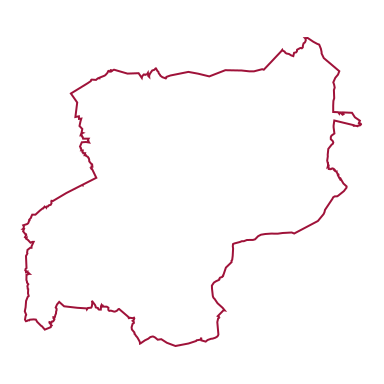 Zitácuaro, Michoacán, Mexico
{"feature_id": "50627088B99906362708440", "entity_name": "Zitácuaro", "entity_type": "district", "adm_level": 2, "iso_a3": "MEX", "parent_name": "Mexico", "parent_adm1": "Michoacán", "projection": "robinson", "projection_center": [-100.356, 19.436], "detail": "fine", "context": "isolated", "style": "outline", "palette": "rose", "viewbox_px": 384, "rotation_deg": 0, "n_neighbors": 0, "source": "geoboundaries", "source_scale": "gbopen_adm2", "svg_char_len": 5828}
<svg xmlns="http://www.w3.org/2000/svg" viewBox="0 0 384 384"><path d="M294.2,233.5L317.9,221.0L323.6,214.1L324.5,212.1L325.0,209.9L332.5,198.7L333.1,197.4L334.6,196.4L337.2,196.3L338.3,195.6L343.9,191.1L346.5,187.7L346.6,186.4L343.4,183.5L340.5,178.5L340.7,179.9L340.2,179.6L340.1,178.3L340.4,178.3L340.3,178.1L339.4,178.1L337.9,175.2L338.5,174.8L338.3,174.3L337.7,174.1L336.6,172.0L336.6,171.6L336.3,171.7L336.0,171.5L334.8,170.2L334.6,170.5L334.0,169.9L334.3,169.5L333.6,169.1L333.6,168.8L332.6,168.4L331.3,168.7L331.2,169.0L330.4,169.2L328.7,169.0L328.4,168.1L328.6,167.8L328.4,167.6L328.5,166.1L329.0,165.2L327.9,166.2L328.3,164.8L329.1,164.3L328.0,164.7L328.0,162.9L327.7,162.8L327.2,160.6L327.8,156.4L327.7,154.8L328.3,148.9L331.6,144.7L332.9,143.7L333.3,142.4L332.7,141.0L330.8,139.2L330.8,137.1L331.5,135.6L334.4,133.5L333.6,127.3L333.6,125.5L334.3,120.5L353.8,125.2L353.8,125.8L356.1,125.8L357.5,126.2L357.7,125.8L360.1,125.3L361.0,124.4L360.8,123.8L360.4,123.5L359.5,123.2L359.3,123.6L358.8,123.2L359.9,120.7L354.9,117.3L352.0,112.8L342.7,112.4L343.6,114.1L342.6,114.7L340.0,112.3L339.4,112.8L339.2,113.6L338.1,112.2L333.2,112.0L333.2,105.5L333.4,100.9L334.2,98.2L333.9,90.1L334.7,87.6L334.1,84.6L333.3,82.3L335.3,77.8L338.0,74.6L339.3,71.2L323.8,58.1L321.6,53.5L321.6,52.1L320.9,48.8L319.2,44.6L317.1,43.8L313.4,41.8L307.7,38.0L305.0,38.1L305.4,38.5L305.8,40.2L305.2,41.9L304.6,42.7L303.6,43.3L302.9,45.6L302.8,47.3L302.4,47.8L301.8,48.3L300.9,47.9L300.1,48.1L297.1,49.7L296.9,51.3L296.2,52.3L294.1,52.8L293.3,56.1L291.2,55.4L289.0,54.0L286.5,53.5L285.4,52.8L284.5,51.5L282.7,50.7L282.3,49.8L281.0,51.5L263.8,69.7L262.2,69.2L254.1,71.3L249.0,71.3L241.6,70.5L225.3,70.2L209.3,76.4L198.2,73.7L188.4,71.9L170.4,75.5L166.4,76.9L166.2,77.9L165.8,78.4L162.4,77.2L160.3,75.6L160.0,74.8L158.8,73.4L158.3,71.7L157.4,71.0L156.0,68.4L155.6,68.4L154.4,69.8L152.2,70.5L150.0,73.6L149.1,75.8L149.2,76.9L148.3,76.0L147.9,72.9L147.0,74.4L145.7,74.5L145.1,74.9L144.0,74.4L143.7,74.5L142.1,76.4L141.8,77.9L138.6,73.2L127.5,73.6L114.0,69.7L112.4,70.5L112.0,71.0L111.7,71.0L111.0,70.1L110.7,70.1L110.5,70.6L110.7,71.6L109.8,71.7L108.6,70.9L108.3,71.0L107.4,72.9L105.4,75.1L104.5,75.7L99.2,77.8L99.3,78.3L97.9,78.3L96.0,79.9L91.7,79.6L91.2,79.9L90.8,81.1L87.7,83.2L70.9,93.5L77.2,102.5L75.4,117.0L78.9,116.3L79.0,118.9L81.3,118.6L80.5,121.3L79.5,126.0L82.3,129.0L81.6,132.5L82.8,132.9L81.6,133.4L81.0,134.1L80.6,135.4L81.8,135.3L82.2,137.2L81.9,137.4L82.8,137.3L83.1,138.7L88.6,138.7L88.1,139.6L88.3,140.2L88.0,140.5L89.1,142.5L85.9,142.0L81.8,142.3L80.0,146.6L80.9,148.0L80.7,148.2L81.6,150.1L81.4,150.4L82.7,150.5L82.4,151.3L82.5,152.3L83.3,152.6L83.3,153.2L85.1,153.2L84.6,155.2L85.9,155.2L86.1,155.9L87.8,156.8L88.4,157.9L88.8,158.2L89.2,159.8L89.2,161.1L89.5,161.7L91.4,164.0L92.1,164.3L92.4,166.6L91.5,166.6L91.7,168.0L91.0,168.1L91.6,169.1L92.2,169.3L96.3,177.8L82.5,184.8L82.6,185.4L81.7,185.2L66.4,193.0L52.9,201.0L51.5,200.8L51.3,201.4L51.5,203.3L50.7,204.8L48.7,205.4L48.0,206.4L46.9,206.5L46.4,207.5L46.2,207.1L45.2,207.1L44.6,206.6L43.2,208.4L42.8,208.3L40.0,210.5L35.4,214.7L32.2,214.7L31.7,215.9L31.3,216.4L31.1,217.6L29.2,219.8L29.5,220.5L29.0,220.9L28.5,222.6L28.1,223.3L27.0,224.1L23.2,225.3L23.9,226.6L23.5,228.5L23.0,228.9L24.0,229.0L23.1,231.3L25.5,234.3L25.9,234.2L26.3,235.1L25.0,237.2L25.5,237.5L26.0,238.4L26.5,238.1L26.3,238.8L27.9,239.9L30.5,242.7L32.3,241.9L33.6,241.9L31.6,246.2L31.5,247.8L30.2,247.8L27.5,249.9L27.1,252.6L27.4,253.5L26.0,256.0L26.5,268.1L25.6,268.9L25.3,270.4L25.9,270.8L26.0,272.2L27.5,271.6L27.5,272.5L28.5,272.7L28.8,273.3L29.5,273.9L28.6,273.9L27.4,274.6L26.5,274.8L26.4,280.0L27.0,281.7L27.0,282.6L28.3,284.2L27.6,285.3L27.4,286.4L27.6,287.0L27.7,288.8L28.2,289.1L28.0,293.4L28.7,296.0L27.7,296.9L26.1,300.9L25.6,307.3L24.8,311.3L26.2,314.8L25.6,316.1L25.0,319.6L25.9,321.2L26.9,321.0L28.2,320.2L29.1,320.4L29.8,319.7L33.7,319.4L35.9,319.6L37.1,321.8L41.1,325.8L42.0,326.3L44.8,329.6L50.7,327.2L50.8,326.2L51.7,325.5L49.4,322.7L49.5,322.1L51.5,322.6L52.0,321.5L53.2,321.3L53.9,320.3L54.4,319.2L53.4,318.1L53.4,317.2L54.6,317.4L54.9,317.0L55.3,315.1L56.0,313.5L56.1,311.7L56.6,310.0L56.5,308.5L55.7,307.6L57.0,304.5L59.2,301.9L64.1,306.3L77.3,307.8L86.6,308.4L86.9,309.4L87.9,308.0L91.1,307.7L91.5,307.2L91.9,306.1L92.3,303.1L91.9,300.8L94.9,304.8L95.4,305.8L95.8,307.4L98.0,308.1L98.3,309.1L99.0,309.6L100.8,309.6L101.0,306.2L101.5,305.1L102.1,306.5L102.8,305.7L103.4,306.6L106.8,306.7L108.4,307.7L108.3,309.5L108.5,310.2L109.0,310.7L109.7,310.9L110.8,310.6L114.1,311.6L114.9,311.6L116.8,310.8L118.5,309.1L119.1,309.0L128.8,317.3L128.6,317.7L128.9,318.2L130.4,317.8L132.6,318.2L134.0,317.7L134.3,318.4L133.8,319.8L133.5,320.4L132.7,320.9L133.7,321.7L133.9,322.7L133.8,323.1L132.6,323.8L132.1,325.6L131.6,327.3L131.9,329.5L134.4,332.5L134.5,333.9L135.1,334.3L135.7,335.5L137.4,337.5L139.3,340.9L139.9,342.3L140.0,343.6L140.5,343.4L145.0,340.3L148.3,338.7L150.3,337.1L152.5,336.5L153.4,336.6L155.1,337.5L157.7,339.7L161.3,339.2L166.9,342.8L175.4,346.0L188.5,343.5L196.1,341.0L196.6,340.3L200.3,339.7L200.8,339.0L201.2,337.6L201.4,340.4L205.7,341.6L207.6,340.0L211.0,338.8L212.7,338.6L215.4,337.7L217.2,336.6L218.0,335.6L218.4,334.5L217.3,322.1L218.1,318.6L218.9,317.9L218.7,317.8L218.8,316.6L217.8,316.1L223.6,310.2L224.7,310.4L222.7,307.9L217.5,303.2L214.6,298.9L213.8,298.2L213.2,297.2L212.8,295.9L212.0,288.6L211.9,285.6L213.9,282.6L216.1,281.2L219.0,279.9L219.4,279.5L219.3,278.8L220.0,277.7L222.3,276.9L222.8,275.9L223.1,275.9L223.2,275.1L223.4,275.0L225.9,267.6L231.6,262.1L231.5,260.8L232.2,259.8L232.7,255.9L233.1,248.5L232.8,246.4L233.0,244.1L234.2,243.5L239.9,242.0L241.8,241.2L243.8,241.2L246.9,240.0L253.1,239.9L255.1,239.3L258.1,236.2L261.0,234.7L265.3,234.0L271.2,233.6L277.6,233.7L282.6,233.0L291.7,232.5L294.2,233.5Z" fill="none" stroke="#9f1239" stroke-width="2"/></svg>